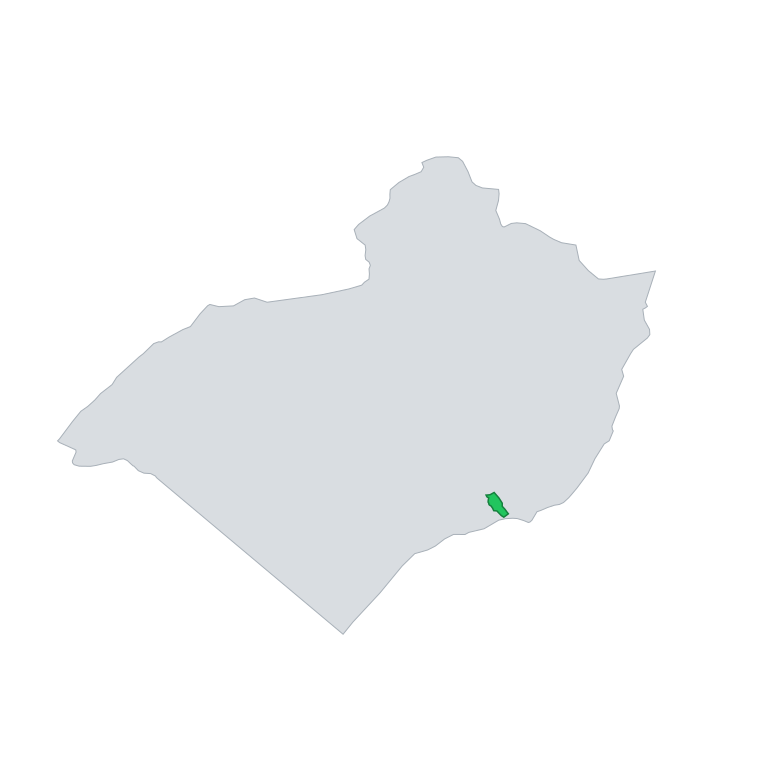 location of Sironko within Uganda, rotated 40°
{"feature_id": "UGA-3114", "entity_name": "Sironko", "entity_type": "County", "adm_level": 1, "iso_a3": "UGA", "parent_name": "Uganda", "parent_adm1": "", "projection": "natural_earth1", "projection_center": [34.329, 1.164], "detail": "fine", "context": "in_parent", "style": "filled", "palette": "green", "viewbox_px": 768, "rotation_deg": 40, "n_neighbors": 0, "source": "natural_earth", "source_scale": "10m", "svg_char_len": 2656}
<svg xmlns="http://www.w3.org/2000/svg" viewBox="0 0 768 768"><g transform="rotate(40 384 384)"><path d="M513.5,602.0L504.8,602.0L490.7,602.0L476.6,602.0L462.5,602.0L448.5,602.0L434.4,602.0L420.3,602.0L406.2,602.0L392.1,602.0L378.0,602.0L363.9,602.0L349.8,602.0L335.7,602.0L321.6,602.0L307.5,602.0L293.4,602.0L279.3,602.0L271.0,602.0L269.3,601.8L268.2,601.4L262.9,602.6L257.4,606.6L251.5,608.3L245.2,607.6L244.5,608.0L241.3,607.9L236.7,607.6L232.6,608.7L229.4,612.2L226.2,618.3L220.4,625.2L215.9,631.3L212.1,635.7L203.3,642.9L198.5,645.0L196.1,644.6L194.7,643.3L191.9,634.1L190.2,632.6L173.1,637.4L170.5,637.4L170.7,634.6L169.5,613.0L169.3,599.8L171.5,591.5L172.8,582.0L173.0,573.5L176.1,559.2L174.9,550.7L179.0,520.6L180.1,515.7L181.6,501.1L184.2,496.6L186.4,494.9L189.3,486.0L194.9,471.7L198.8,464.4L198.0,448.3L198.6,437.4L199.5,435.0L207.8,430.9L218.5,420.9L223.1,409.0L229.5,401.4L241.9,396.5L278.8,355.8L295.9,333.9L303.4,322.6L303.6,318.6L305.1,313.3L302.1,309.1L298.5,305.4L297.3,301.9L294.3,300.2L289.9,300.3L287.0,297.8L283.7,292.8L280.3,289.7L269.9,290.0L261.9,284.9L262.0,278.1L265.1,264.5L271.2,249.0L271.6,244.7L270.7,241.1L269.2,237.9L266.5,234.8L263.9,231.1L265.9,220.0L269.8,209.0L272.9,203.6L276.0,197.5L275.1,192.4L270.7,190.0L273.0,185.1L277.9,176.8L287.3,168.5L295.5,162.9L301.1,162.9L311.8,167.3L321.5,172.6L326.8,172.8L333.3,170.6L346.7,161.3L349.9,164.3L353.8,169.9L358.1,179.2L366.5,183.5L370.6,186.4L373.5,187.3L375.1,186.5L378.3,179.2L382.1,175.2L389.3,170.2L405.1,166.2L416.3,165.0L421.1,164.1L429.1,161.7L441.7,154.2L454.1,163.9L467.6,165.8L480.7,165.7L484.7,162.8L487.0,160.5L500.7,144.6L519.3,123.0L531.6,153.4L535.9,155.2L535.3,157.8L534.2,160.4L542.3,167.7L552.3,171.5L555.9,175.3L556.2,179.4L552.8,197.1L553.4,202.2L556.7,220.0L562.6,224.0L567.9,241.9L578.5,249.5L580.0,251.7L582.5,260.3L585.7,269.8L588.3,272.1L589.8,272.6L593.0,282.7L591.2,288.4L593.6,305.6L597.6,321.0L598.7,339.4L598.7,347.5L598.6,352.4L597.7,359.4L595.8,363.5L592.4,367.4L588.6,373.6L585.3,380.2L583.3,383.5L584.9,393.4L584.5,396.0L583.6,397.3L578.8,398.8L572.6,401.4L568.9,404.1L563.6,409.1L559.4,414.6L553.7,430.6L544.4,443.1L542.8,447.2L533.9,454.6L530.0,463.8L527.5,475.1L524.1,483.1L516.6,494.2L514.9,511.7L515.2,546.6L513.2,586.4L513.5,602.0Z" fill="#d9dde1" stroke="#a8b0b8" stroke-width="1"/><path d="M558.5,409.4L552.0,408.7L549.5,410.5L546.9,409.3L544.3,408.6L543.1,408.9L542.0,408.9L540.8,408.0L539.6,407.5L538.4,405.8L537.4,403.9L535.4,404.3L533.6,403.5L536.4,400.7L538.1,396.3L545.2,397.4L551.2,399.3L553.2,401.7L557.1,402.2L560.3,403.0L562.7,403.5L561.4,409.0L558.5,409.4Z" fill="#22c55e" stroke="#15803d" stroke-width="1.5"/></g></svg>